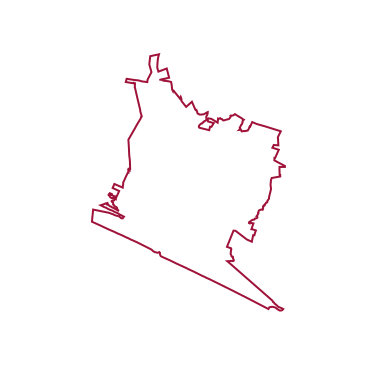 outline of Acapetahua, Chiapas, Mexico, rotated 340°
{"feature_id": "50627088B93400387524803", "entity_name": "Acapetahua", "entity_type": "district", "adm_level": 2, "iso_a3": "MEX", "parent_name": "Mexico", "parent_adm1": "Chiapas", "projection": "mercator", "projection_center": [-92.769, 15.222], "detail": "fine", "context": "isolated", "style": "outline", "palette": "rose", "viewbox_px": 384, "rotation_deg": 340, "n_neighbors": 0, "source": "geoboundaries", "source_scale": "gbopen_adm2", "svg_char_len": 6016}
<svg xmlns="http://www.w3.org/2000/svg" viewBox="0 0 384 384"><g transform="rotate(340 192 192)"><path d="M234.1,122.3L233.5,122.3L230.5,122.9L229.1,122.9L226.2,122.1L225.4,121.7L225.0,120.9L224.1,120.2L224.1,119.2L224.3,118.1L224.2,116.4L223.6,116.4L223.3,115.7L222.8,107.2L215.6,110.0L213.4,103.4L213.3,102.4L213.4,101.7L213.5,101.4L213.7,101.2L213.9,101.1L213.9,98.8L212.6,100.1L209.3,90.3L208.8,90.3L208.6,90.6L208.4,88.9L208.6,88.1L209.5,84.5L210.0,81.5L209.6,81.2L208.9,80.6L207.5,79.8L205.1,78.5L204.0,78.1L202.4,76.9L201.9,76.0L199.7,75.5L203.2,75.9L206.3,76.4L209.6,76.8L210.5,67.3L201.6,67.4L201.8,64.2L201.9,63.2L203.1,60.3L204.7,56.8L205.7,54.9L206.3,53.8L208.1,51.3L199.2,50.1L195.5,57.5L194.9,65.5L188.7,71.2L187.6,73.4L182.9,71.0L180.2,69.0L178.4,68.1L177.6,67.8L169.3,63.3L167.4,66.0L174.5,70.0L174.7,69.6L175.6,70.3L174.0,74.2L174.1,74.4L172.7,85.8L171.7,94.5L171.5,96.6L171.0,98.5L170.6,103.9L169.7,104.2L168.9,105.4L162.9,110.2L160.7,112.2L150.1,121.1L148.3,127.3L145.5,136.3L144.7,139.9L143.9,142.7L141.6,149.6L141.4,149.6L140.8,149.0L140.6,150.3L139.7,149.4L139.0,151.8L138.7,151.5L135.2,154.9L131.9,158.3L130.9,159.2L130.6,159.6L130.0,161.1L129.3,162.2L128.4,164.2L121.8,157.9L118.8,161.1L123.9,166.2L119.5,170.6L119.2,170.3L118.5,170.0L118.1,169.6L117.3,169.4L117.0,169.0L116.2,168.1L115.3,167.4L115.9,166.7L114.7,165.4L114.8,165.4L114.4,165.0L112.6,166.2L112.6,166.6L113.0,167.1L113.5,167.2L113.2,167.8L113.3,168.6L113.7,169.5L113.9,169.7L114.6,170.3L115.3,170.4L115.6,170.8L116.6,170.8L117.6,170.6L117.8,170.7L118.1,171.1L118.4,171.3L118.5,171.8L119.0,171.9L118.6,172.0L118.2,172.5L118.0,171.9L117.8,171.9L117.2,172.4L116.5,172.7L116.1,173.1L115.5,173.3L115.2,173.2L114.9,172.9L114.3,172.8L113.7,172.9L113.3,173.1L113.3,173.4L113.4,173.8L114.0,174.7L114.2,175.2L114.2,175.4L113.7,176.4L113.6,176.8L114.1,177.5L114.3,177.8L114.2,178.5L115.0,179.6L115.4,179.9L116.0,180.7L116.1,181.6L115.9,182.2L115.8,182.6L116.2,183.3L116.5,184.5L116.9,185.0L112.6,180.0L111.5,178.9L110.8,177.9L110.1,177.4L109.3,176.0L108.8,175.4L108.1,175.0L107.7,174.5L107.6,173.8L108.7,174.5L108.8,174.6L108.8,173.4L101.6,173.2L104.4,176.2L106.0,177.5L107.1,179.0L109.0,180.8L110.5,182.0L111.2,182.7L112.6,184.4L114.8,186.3L116.5,188.6L118.1,190.2L118.7,191.0L119.6,191.9L117.9,193.0L117.2,192.9L116.4,192.2L115.1,189.9L112.8,188.3L111.9,187.7L111.2,187.1L110.6,186.3L109.3,185.2L108.5,184.6L107.1,183.3L93.1,174.7L87.8,185.7L95.2,192.9L97.6,195.4L98.4,196.1L99.3,197.1L102.5,200.2L105.4,202.9L107.0,204.6L107.5,205.0L107.9,205.6L108.3,205.9L108.5,206.0L112.1,209.4L114.8,212.3L115.1,212.4L115.5,212.9L116.4,213.7L117.4,214.9L122.7,220.0L133.3,231.2L134.4,232.5L135.1,234.1L136.3,235.6L136.6,235.9L136.9,236.0L137.2,236.1L137.6,236.5L138.8,237.3L139.7,237.4L140.6,237.2L141.1,238.1L140.8,238.5L140.6,239.9L140.6,240.9L140.7,241.5L140.9,241.8L142.1,243.1L147.9,248.7L150.6,251.5L152.9,253.9L161.4,262.3L162.3,263.5L162.9,263.8L163.0,264.0L167.4,268.4L167.7,268.9L168.1,269.2L169.1,270.2L173.2,274.6L174.5,275.7L175.4,276.8L178.2,279.5L192.1,294.0L200.3,302.7L209.0,312.0L223.8,328.1L225.3,326.8L226.7,327.0L228.1,327.3L229.6,328.2L230.7,329.0L231.2,329.6L231.4,330.1L233.2,332.7L234.1,333.5L235.0,333.8L235.9,333.9L237.0,333.6L237.7,333.2L236.3,331.6L234.0,329.7L232.0,325.8L231.4,325.2L231.3,323.9L230.5,323.1L230.4,321.6L202.5,270.8L201.5,269.1L202.6,269.4L203.5,269.8L205.0,270.0L206.7,270.9L207.6,270.9L208.0,270.3L208.0,269.9L207.8,268.4L208.3,267.2L208.2,266.8L207.4,266.5L207.2,266.2L207.2,265.9L207.3,265.3L207.1,263.8L207.4,262.8L207.6,262.6L207.9,261.7L208.1,261.3L208.5,260.8L208.6,260.4L209.0,259.9L209.1,259.7L209.1,259.3L209.4,259.0L209.5,258.3L206.1,255.5L217.8,242.5L219.6,243.3L227.3,255.4L231.2,259.2L234.7,253.5L235.8,254.0L237.5,251.6L238.9,250.0L236.4,248.0L235.1,247.3L239.0,242.5L236.0,240.8L235.6,241.3L235.1,240.9L235.5,240.4L235.3,240.2L234.6,240.6L235.3,239.9L238.5,239.0L239.7,238.9L241.1,239.2L242.0,238.5L242.6,238.7L243.1,238.6L243.3,238.7L243.8,238.7L244.3,238.6L244.8,238.3L244.9,236.9L244.6,236.7L245.9,235.9L246.7,234.9L246.9,235.0L247.1,234.9L247.2,234.4L247.0,234.1L248.4,232.4L249.2,232.1L251.3,232.2L251.5,232.4L252.1,232.8L252.5,232.8L252.8,232.0L253.1,231.8L253.5,231.2L253.5,230.5L254.0,229.6L255.0,229.2L255.5,228.9L255.7,229.4L256.2,229.0L256.2,228.8L256.7,228.3L258.0,227.4L258.5,227.6L258.8,227.5L259.1,227.1L259.5,227.0L259.7,226.2L262.1,224.6L262.5,223.4L267.3,216.2L268.3,212.0L268.6,211.3L269.5,209.6L270.2,207.9L271.7,206.1L280.2,207.6L280.7,206.2L280.2,206.0L281.7,201.3L282.8,198.4L287.9,200.2L288.2,199.3L283.1,193.7L280.2,190.4L281.2,188.1L281.8,188.4L287.6,182.4L288.0,182.0L282.7,177.9L284.9,175.8L289.1,177.7L290.9,171.8L291.4,169.9L296.2,165.3L283.5,155.6L276.3,150.4L272.5,146.9L269.0,150.5L268.7,150.1L266.6,152.4L265.4,153.3L265.1,153.3L264.8,153.1L263.3,153.1L262.9,152.8L262.6,152.9L262.4,152.8L261.5,152.4L259.9,152.2L259.4,152.0L259.3,150.5L258.8,150.1L257.6,149.8L258.7,149.3L259.1,148.9L258.8,148.0L260.8,146.1L261.3,145.6L261.8,145.5L262.1,145.3L262.5,144.9L263.1,143.9L263.6,143.5L263.7,142.8L264.2,142.3L264.7,142.1L265.4,141.8L264.3,140.5L264.1,140.0L261.9,137.2L261.7,137.1L261.4,136.6L261.0,136.2L259.0,133.5L257.7,134.0L257.3,133.9L256.5,134.1L255.6,133.9L255.1,133.7L254.8,133.4L254.5,133.4L254.2,133.5L254.1,134.3L253.8,134.7L253.3,135.0L252.8,135.5L252.4,135.7L252.1,135.8L251.8,136.0L251.2,136.1L249.9,135.8L248.9,135.8L248.4,135.7L247.2,135.7L246.1,135.5L245.8,135.4L245.6,134.9L245.3,134.5L245.2,133.9L244.9,133.6L244.4,133.5L243.7,132.2L242.3,132.5L241.6,131.9L239.8,135.6L235.5,130.2L235.2,129.9L232.6,128.4L231.8,128.8L231.5,129.4L231.2,131.2L236.0,134.7L232.6,137.4L231.3,136.8L229.3,139.8L220.9,134.1L220.7,133.2L221.4,132.0L223.5,131.0L224.7,130.8L225.0,131.0L226.1,130.3L226.6,130.4L226.9,130.3L227.2,129.9L227.5,129.8L228.3,129.6L229.0,129.7L229.6,129.5L229.9,129.2L230.5,128.5L230.8,127.5L230.8,127.3L230.9,126.6L231.2,126.1L231.9,125.3L232.3,125.1L233.5,123.7L234.1,122.3Z" fill="none" stroke="#9f1239" stroke-width="2"/></g></svg>